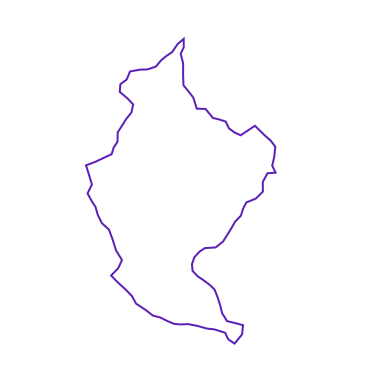 the district of Queimados, Rio de Janeiro, Brazil, rotated 302°
{"feature_id": "56859067B76635524318289", "entity_name": "Queimados", "entity_type": "district", "adm_level": 2, "iso_a3": "BRA", "parent_name": "Brazil", "parent_adm1": "Rio de Janeiro", "projection": "natural_earth1", "projection_center": [-43.584, -22.731], "detail": "fine", "context": "isolated", "style": "outline", "palette": "violet", "viewbox_px": 384, "rotation_deg": 302, "n_neighbors": 0, "source": "geoboundaries", "source_scale": "gbopen_adm2", "svg_char_len": 1386}
<svg xmlns="http://www.w3.org/2000/svg" viewBox="0 0 384 384"><g transform="rotate(302 192 192)"><path d="M78.3,167.6L76.2,176.2L74.1,187.4L71.9,196.3L67.7,203.7L67.4,214.9L66.5,224.5L68.7,231.4L69.5,239.3L70.7,246.7L73.7,252.6L77.9,258.7L81.3,267.5L84.2,277.3L87.3,283.7L90.2,294.7L86.3,300.8L86.0,308.4L97.8,309.9L106.1,305.9L104.0,299.0L101.1,290.1L105.3,281.6L110.7,276.1L115.8,270.1L121.2,262.9L122.6,256.5L123.3,248.9L123.5,241.8L125.4,234.3L130.8,230.2L137.9,228.6L145.5,230.0L151.3,232.7L157.5,241.4L166.5,244.6L174.7,244.6L181.6,244.6L189.9,244.3L197.7,246.0L205.0,244.2L211.9,243.6L220.2,249.6L229.9,251.9L238.0,246.7L247.9,246.1L252.7,252.6L256.9,246.0L265.2,243.2L274.6,238.6L277.3,231.4L278.5,224.0L280.1,216.7L281.5,210.3L265.9,203.2L265.0,196.6L265.6,189.5L269.6,183.3L268.0,176.9L265.9,170.5L269.6,159.5L265.2,151.9L272.8,143.0L275.9,134.4L278.0,128.2L286.9,122.2L296.3,116.4L303.2,109.2L310.4,108.3L317.5,103.8L309.8,101.4L300.1,101.0L293.6,98.1L287.2,96.0L279.2,94.9L272.3,89.2L268.3,83.2L261.4,75.6L252.7,77.0L245.5,74.1L238.6,77.7L237.2,87.5L235.1,95.7L227.4,98.5L218.6,97.5L209.2,97.5L203.2,97.4L195.3,102.1L187.9,102.1L181.5,103.8L166.2,93.9L158.4,88.0L153.8,93.5L145.4,103.1L135.4,104.2L130.8,112.5L128.1,118.2L122.6,124.3L117.8,132.1L116.1,141.5L110.1,149.3L102.2,158.6L97.2,168.7L88.1,169.8L78.3,167.6Z" fill="none" stroke="#5b21b6" stroke-width="2"/></g></svg>